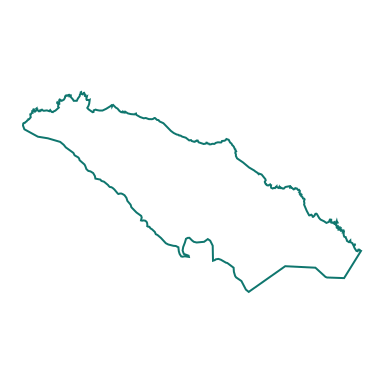 Fomboni, Moûhîlî, Comoros (Robinson projection)
{"feature_id": "10938185B23268545061954", "entity_name": "Fomboni", "entity_type": "district", "adm_level": 2, "iso_a3": "COM", "parent_name": "Comoros", "parent_adm1": "Moûhîlî", "projection": "robinson", "projection_center": [43.719, -12.295], "detail": "fine", "context": "isolated", "style": "outline", "palette": "teal", "viewbox_px": 384, "rotation_deg": 0, "n_neighbors": 0, "source": "geoboundaries", "source_scale": "gbopen_adm2", "svg_char_len": 5941}
<svg xmlns="http://www.w3.org/2000/svg" viewBox="0 0 384 384"><path d="M361.0,250.9L359.6,250.2L359.6,249.8L359.2,249.6L358.6,249.6L358.5,250.4L357.8,250.4L357.5,251.2L356.4,250.9L354.7,248.3L353.8,246.4L353.9,245.7L354.7,245.3L355.0,244.8L354.8,244.4L353.5,245.0L353.0,244.8L352.4,243.2L350.4,242.1L350.3,240.5L350.0,240.8L350.0,241.5L349.6,242.1L349.0,242.2L346.9,240.8L346.7,239.5L345.9,238.2L345.8,237.2L344.4,236.8L343.9,235.8L343.6,234.2L343.7,232.9L343.0,232.7L343.9,231.7L344.1,230.5L343.5,231.3L343.4,230.6L342.6,231.1L342.3,230.6L341.4,230.8L341.4,230.2L340.7,230.5L340.3,230.1L340.5,229.2L339.8,229.4L340.2,228.5L339.3,228.8L339.7,228.2L339.7,227.7L339.2,227.9L339.2,227.4L338.8,227.5L338.5,228.2L337.9,227.9L337.9,227.5L337.4,228.1L336.7,227.6L337.1,226.0L336.4,225.8L336.1,225.4L336.8,222.4L337.5,222.4L337.2,221.8L336.8,221.7L336.7,221.2L336.5,221.8L336.2,221.8L336.2,222.5L335.5,222.8L335.2,223.7L334.5,224.0L334.0,223.4L334.0,222.4L333.5,222.7L333.4,222.4L332.8,222.4L332.5,222.7L332.0,222.4L331.7,222.7L331.3,222.7L330.6,221.4L330.8,220.6L331.2,220.3L331.2,219.7L330.6,219.6L330.6,220.2L330.2,220.5L330.0,220.4L330.1,219.8L329.9,219.7L329.4,220.5L329.4,221.4L328.9,221.9L326.4,222.9L324.1,221.3L320.6,219.6L319.2,218.1L316.9,214.1L316.4,213.7L315.5,213.8L314.9,214.6L314.7,215.4L313.3,216.8L312.7,216.8L312.2,215.5L311.2,214.7L309.8,215.4L309.1,215.3L306.7,210.8L304.1,204.6L304.4,203.2L304.0,201.2L304.6,199.3L304.2,198.7L303.0,198.5L302.5,197.1L301.3,196.3L301.5,194.9L300.5,194.9L300.6,193.9L299.8,193.9L299.8,192.8L299.2,192.2L299.6,191.9L299.9,191.0L299.0,189.8L298.1,190.0L296.7,188.4L295.6,188.6L295.2,188.2L293.8,189.4L293.6,189.4L292.3,188.1L291.7,188.0L291.2,187.2L290.1,187.7L289.9,187.0L290.4,186.4L290.2,186.1L285.8,186.9L284.8,187.5L283.8,188.6L282.4,188.5L281.8,188.0L280.7,188.1L280.5,187.8L280.5,187.3L280.1,187.0L279.6,187.2L279.5,187.9L279.2,187.9L279.1,187.3L278.7,188.0L278.4,187.9L277.2,187.2L276.7,187.2L276.6,186.5L276.2,187.0L275.8,186.9L275.0,188.1L273.7,188.0L272.7,188.5L271.2,187.8L270.8,186.3L271.1,185.2L270.3,184.8L270.1,184.4L268.1,185.5L266.9,185.2L266.2,184.1L265.8,184.2L264.9,182.4L264.8,181.7L265.7,180.4L265.4,179.2L261.6,174.5L258.8,173.5L258.6,174.0L256.9,172.4L255.4,171.5L254.2,170.5L249.1,167.5L243.0,162.4L237.1,158.4L235.9,156.0L235.9,154.3L235.3,153.0L235.4,152.2L236.0,151.6L235.7,151.4L235.8,150.7L235.5,150.6L235.3,149.3L234.8,149.1L233.9,146.9L233.0,145.7L232.3,145.2L231.5,143.6L230.1,142.5L228.7,139.8L226.4,139.0L226.0,139.7L224.7,140.7L222.0,141.0L221.5,142.1L221.0,142.5L217.9,142.3L215.7,142.9L214.5,143.9L212.3,143.8L210.9,144.3L209.3,144.3L208.8,143.6L207.5,143.5L206.9,142.7L206.4,142.7L206.2,143.3L205.4,143.7L203.7,144.0L198.6,142.3L197.7,140.6L197.1,140.8L196.9,140.5L196.6,140.5L195.9,141.2L195.3,141.2L194.8,141.8L194.2,141.8L191.7,141.0L191.0,140.1L189.2,140.4L185.8,137.7L182.1,136.6L180.6,135.6L179.1,135.5L178.6,134.9L176.7,134.5L173.7,133.0L170.9,130.9L163.4,123.2L159.5,121.4L158.5,120.1L157.0,119.9L155.1,118.1L154.4,118.0L153.3,118.8L152.0,119.2L148.8,119.1L145.8,118.0L143.7,118.3L140.1,117.0L136.6,115.0L136.0,114.4L136.0,113.6L135.6,113.7L135.7,114.2L134.4,114.4L130.9,114.1L127.9,113.4L125.5,111.9L125.4,112.2L124.9,111.8L124.4,112.5L123.7,112.1L123.4,112.3L123.0,111.8L122.8,112.3L122.6,112.3L122.4,111.8L121.3,112.2L119.6,111.1L117.5,108.6L115.8,107.6L113.1,104.9L112.7,105.1L112.1,106.3L112.0,105.5L111.6,105.2L110.4,106.2L106.2,108.8L102.6,110.5L99.2,110.5L96.6,110.0L95.7,109.6L93.8,110.3L93.5,112.0L92.6,112.2L88.5,109.3L87.3,107.9L88.5,105.8L89.2,103.6L89.7,99.8L88.7,100.3L88.2,99.9L86.8,100.0L86.5,99.5L86.4,98.7L86.9,96.5L86.3,96.9L85.6,96.3L85.5,95.4L84.9,95.6L84.8,94.3L84.1,92.8L83.7,92.9L82.7,94.4L81.2,93.8L81.1,92.1L80.7,92.3L80.6,93.7L79.9,94.6L79.7,96.1L77.9,98.5L76.8,100.8L73.7,100.8L72.9,99.4L70.8,97.0L70.8,95.7L69.6,96.2L69.6,94.9L69.4,94.8L68.7,94.9L68.7,95.5L68.2,95.7L67.6,95.4L67.1,95.4L66.8,95.8L66.3,95.4L65.7,95.6L65.1,96.5L65.0,97.6L64.0,99.5L62.6,100.4L61.6,100.8L60.8,100.1L60.3,100.6L60.1,100.5L60.1,99.7L59.6,99.5L59.4,99.8L59.4,101.0L59.2,101.0L59.3,103.9L58.9,104.0L57.7,103.1L57.7,102.7L57.3,102.3L57.2,102.5L57.1,102.9L58.4,104.5L58.1,106.6L58.8,107.6L55.4,110.6L52.9,111.8L52.8,112.1L51.9,112.0L51.2,111.5L50.2,110.1L49.3,111.2L46.9,110.4L43.8,110.8L42.2,110.1L42.0,109.7L41.3,109.8L41.0,110.5L40.1,110.4L39.9,111.2L38.8,111.3L37.1,109.6L37.2,109.1L36.6,108.9L36.6,108.4L36.2,108.7L36.6,110.2L35.0,111.6L33.8,109.3L33.3,109.5L33.3,110.7L33.1,111.2L32.2,111.2L32.2,111.9L32.6,112.8L31.6,113.1L30.9,114.3L30.3,114.4L30.7,117.3L29.3,119.0L28.4,119.2L28.4,119.7L27.2,120.5L26.5,121.5L25.4,122.1L24.8,122.9L23.6,123.1L23.2,123.7L23.0,125.6L24.4,129.3L37.9,136.7L47.9,138.3L60.2,141.9L63.7,144.8L65.8,147.4L73.4,152.9L74.6,155.3L78.2,157.4L79.1,158.5L79.6,160.2L84.5,164.5L85.4,166.3L86.4,169.1L88.3,170.9L90.5,171.4L93.2,173.1L94.9,176.1L95.4,178.6L100.4,179.6L101.4,180.9L104.0,181.7L108.0,185.0L109.0,186.3L109.9,187.0L111.4,187.2L112.7,188.0L114.3,189.4L117.9,193.7L118.6,194.0L120.0,193.5L121.2,193.5L122.5,194.0L124.5,195.2L126.4,197.8L127.4,200.9L130.6,204.7L131.4,207.3L136.5,212.5L141.2,215.9L141.7,217.5L141.0,220.4L142.1,220.7L143.5,220.4L145.2,220.7L146.5,221.7L147.1,223.0L147.4,225.2L147.2,226.1L148.1,226.7L149.4,226.8L150.5,228.4L151.9,229.2L154.8,231.9L155.8,234.2L157.5,235.0L161.0,238.0L165.8,243.2L168.3,244.5L173.4,245.8L175.8,246.0L178.4,247.3L178.8,251.2L179.6,253.9L181.2,256.4L182.4,256.7L184.9,256.3L188.9,256.9L188.6,255.7L183.8,253.9L182.6,250.5L183.2,247.0L184.9,242.6L186.0,238.8L187.7,237.9L189.4,237.8L192.1,240.5L193.8,241.8L196.6,242.5L204.1,241.8L207.8,239.1L210.2,240.7L212.7,245.7L213.0,260.7L214.8,260.1L215.9,259.3L218.4,258.9L220.8,259.7L226.0,262.7L227.3,263.0L233.6,267.7L233.9,271.8L235.1,275.9L236.1,277.4L241.4,281.0L245.9,289.6L248.7,291.9L285.2,266.2L315.4,267.7L325.5,276.9L327.0,277.5L344.1,278.1L361.0,250.9Z" fill="none" stroke="#0f766e" stroke-width="2"/></svg>